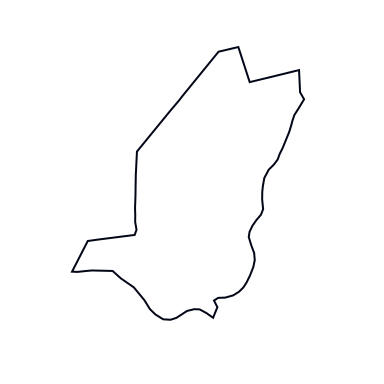 Dois Riachos, Alagoas, Brazil (Mercator projection), rotated 163°
{"feature_id": "56859067B36293901492377", "entity_name": "Dois Riachos", "entity_type": "district", "adm_level": 2, "iso_a3": "BRA", "parent_name": "Brazil", "parent_adm1": "Alagoas", "projection": "mercator", "projection_center": [-37.069, -9.384], "detail": "fine", "context": "isolated", "style": "outline", "palette": "ink", "viewbox_px": 384, "rotation_deg": 163, "n_neighbors": 0, "source": "geoboundaries", "source_scale": "gbopen_adm2", "svg_char_len": 1011}
<svg xmlns="http://www.w3.org/2000/svg" viewBox="0 0 384 384"><g transform="rotate(163 192 192)"><path d="M201.4,74.4L202.7,81.8L197.9,83.1L191.2,81.3L182.8,81.1L176.1,82.9L170.8,85.7L166.7,89.1L161.1,95.0L155.3,102.3L151.9,108.5L150.4,115.5L150.9,123.7L150.9,132.3L148.6,137.1L144.0,142.1L138.4,146.5L132.8,150.0L129.0,154.8L127.1,164.3L124.8,171.5L122.6,176.7L118.8,184.2L112.1,190.9L105.5,194.4L100.4,198.2L97.0,202.8L92.5,207.5L81.5,221.0L77.9,226.3L75.3,230.5L71.6,235.7L64.9,241.4L57.7,247.9L59.5,255.8L56.3,268.2L54.0,277.3L104.7,280.2L105.3,317.1L125.6,318.4L172.6,286.9L177.7,283.3L188.9,276.1L232.8,246.8L240.7,224.9L244.2,214.2L247.1,205.1L251.2,193.2L253.0,186.6L255.1,180.0L256.1,172.1L259.4,167.7L295.3,173.9L306.0,175.6L330.0,150.9L325.0,149.1L316.7,147.5L310.6,146.2L291.0,139.7L285.3,130.2L275.5,117.8L269.1,102.3L266.5,92.4L262.9,85.7L256.8,78.7L249.9,76.1L243.7,76.2L231.5,79.7L224.2,79.3L219.0,77.5L213.6,72.0L208.6,65.6L201.4,74.4Z" fill="none" stroke="#020617" stroke-width="2"/></g></svg>